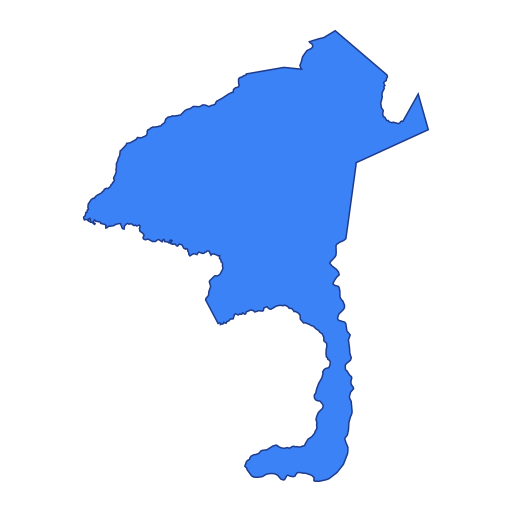 Riachão, Maranhão, Brazil
{"feature_id": "56859067B63630891842305", "entity_name": "Riachão", "entity_type": "district", "adm_level": 2, "iso_a3": "BRA", "parent_name": "Brazil", "parent_adm1": "Maranhão", "projection": "mercator", "projection_center": [-46.708, -7.747], "detail": "fine", "context": "isolated", "style": "filled", "palette": "blue", "viewbox_px": 512, "rotation_deg": 0, "n_neighbors": 0, "source": "geoboundaries", "source_scale": "gbopen_adm2", "svg_char_len": 6045}
<svg xmlns="http://www.w3.org/2000/svg" viewBox="0 0 512 512"><path d="M244.8,466.2L246.7,468.1L247.0,469.5L251.6,475.9L253.8,477.1L257.2,477.3L262.2,476.7L266.6,474.1L270.6,473.5L273.7,473.6L275.6,474.1L277.7,475.3L280.8,479.0L283.3,480.0L284.6,479.6L286.8,475.7L287.7,475.2L290.2,476.2L293.2,476.7L295.0,476.1L295.6,474.8L297.1,472.9L298.6,472.5L300.6,472.6L303.0,473.2L305.5,473.2L309.9,474.6L312.1,475.6L314.2,477.8L313.8,480.2L314.4,481.1L319.0,481.3L326.0,479.8L329.0,478.7L336.8,472.7L343.4,464.4L347.5,453.8L347.9,450.8L347.9,447.2L345.9,442.5L344.9,439.3L344.9,438.2L347.2,435.2L347.6,433.9L348.5,429.7L348.9,422.5L350.4,417.0L351.7,414.1L352.1,411.6L351.2,401.4L349.5,398.0L349.5,396.1L350.6,392.2L353.6,388.7L353.3,387.5L351.2,384.3L350.9,382.8L351.1,380.3L351.8,378.1L351.4,376.6L349.5,375.0L347.2,371.2L345.7,369.9L345.3,368.4L345.3,365.0L346.6,363.4L350.4,360.3L351.3,357.8L349.8,353.3L349.5,347.9L348.4,339.9L350.2,335.0L346.9,330.9L345.8,323.6L344.6,322.1L339.0,320.4L338.0,319.7L337.6,318.4L338.2,315.6L339.0,313.9L343.6,309.4L344.5,307.3L344.5,305.2L342.9,301.1L341.6,299.9L340.0,297.2L339.8,290.5L339.0,287.2L338.1,286.3L335.3,285.6L333.2,284.3L333.1,283.1L335.1,279.4L337.1,276.7L339.2,274.9L338.5,272.0L336.4,269.3L331.9,265.9L329.8,263.2L330.2,262.1L335.1,256.8L335.9,255.4L336.2,252.9L336.0,245.8L336.6,244.4L339.6,242.3L343.7,240.5L345.9,238.6L356.0,165.1L356.1,162.7L428.3,129.7L418.2,94.0L402.8,121.5L401.7,121.1L400.6,121.7L399.9,122.9L398.3,123.6L393.1,122.2L392.1,122.7L389.4,122.0L388.3,120.5L386.9,120.7L384.6,117.0L383.3,116.6L382.7,113.7L383.3,110.5L381.4,107.8L380.7,102.6L381.3,101.3L382.3,96.7L382.0,95.5L382.2,92.6L384.2,88.6L383.9,86.5L384.9,85.6L383.6,82.8L384.4,81.8L386.3,80.5L386.4,78.8L387.4,77.0L387.0,75.0L335.2,30.7L323.8,37.6L318.7,38.8L309.3,41.7L309.8,42.5L312.1,44.1L312.7,45.8L312.5,47.2L311.2,48.5L306.8,50.7L302.6,56.7L301.1,62.5L299.9,65.3L300.5,67.3L301.6,69.2L283.9,67.4L246.3,73.9L245.8,75.1L243.6,75.8L241.6,77.3L240.4,77.3L239.2,78.1L238.6,79.0L238.5,80.1L238.7,84.2L239.4,85.3L238.0,87.2L235.6,87.7L233.6,89.3L233.0,92.4L231.9,92.4L228.4,94.1L222.4,98.1L216.5,101.3L214.9,104.5L210.9,105.6L209.1,106.6L205.7,105.2L203.8,104.9L202.4,105.0L200.3,106.4L198.9,106.7L193.4,106.4L190.2,108.6L187.2,109.4L185.1,110.4L180.6,115.0L174.1,116.1L172.4,115.8L170.6,116.8L168.2,117.0L165.8,119.0L164.6,122.7L161.9,124.6L160.7,126.1L158.9,126.1L157.7,126.8L156.4,126.7L155.2,127.2L153.1,126.9L152.3,127.5L151.1,127.7L149.6,129.2L148.0,129.7L147.1,131.3L147.3,132.5L146.7,135.0L145.4,136.0L141.2,137.8L137.5,137.5L135.9,139.6L130.1,142.8L126.6,143.4L126.1,145.0L121.1,150.3L120.2,150.8L119.7,155.5L118.2,158.5L117.4,161.6L116.4,163.4L116.4,167.6L115.9,169.8L116.4,171.5L114.9,175.5L113.7,177.6L113.7,179.0L114.4,180.0L114.2,181.0L112.7,182.6L112.4,183.6L111.0,184.8L110.5,186.4L108.0,188.5L106.2,188.3L104.3,189.3L103.8,190.7L102.3,191.8L101.5,193.0L97.7,194.9L95.5,196.5L94.5,198.3L93.2,198.2L91.2,199.6L88.2,204.1L87.9,207.4L88.4,209.4L87.3,210.0L87.0,212.1L85.8,212.5L85.6,214.3L84.8,216.2L83.7,217.0L83.7,218.4L84.4,219.9L86.9,219.4L88.2,220.8L89.0,218.6L89.9,218.3L90.5,219.9L89.6,221.5L90.7,222.3L92.1,222.2L93.5,223.7L94.7,224.4L95.1,223.5L93.1,222.2L94.6,219.9L95.7,221.2L100.1,222.0L100.7,223.4L105.1,224.5L106.0,225.5L105.7,226.4L105.9,228.1L107.3,227.5L109.1,225.9L110.2,226.4L111.6,225.9L113.4,225.8L116.0,224.3L119.2,223.6L120.4,223.6L122.4,228.6L124.1,229.1L124.6,225.9L126.4,224.0L127.6,223.4L128.9,224.2L130.5,223.8L131.8,224.0L133.5,225.4L134.7,225.5L135.5,225.1L136.7,226.0L139.3,225.1L140.2,226.3L139.4,228.3L140.0,231.3L142.6,233.1L144.1,235.0L143.0,237.7L143.3,238.7L144.2,239.4L145.7,239.8L147.9,239.0L152.5,241.5L155.4,241.5L157.5,239.8L158.7,239.5L162.1,241.8L162.8,240.0L164.1,239.5L164.5,241.5L168.0,242.1L169.0,243.0L170.5,243.0L172.3,244.3L175.0,244.0L176.5,245.7L177.5,246.1L179.3,244.1L181.9,244.8L183.8,248.2L185.6,249.2L186.4,248.6L187.7,249.4L187.7,251.0L188.6,252.3L188.9,254.6L189.9,255.9L192.9,254.0L194.2,253.7L197.0,254.6L198.0,252.8L198.9,252.1L202.2,253.4L203.9,253.3L204.9,252.3L206.2,252.0L206.9,251.0L208.9,251.0L211.0,255.2L211.9,254.1L213.5,253.9L216.6,254.9L217.9,255.8L219.7,255.6L219.4,258.1L221.1,260.3L221.0,261.7L222.0,262.4L222.6,263.9L222.4,266.0L222.9,267.8L222.6,269.4L219.8,274.5L217.6,275.9L215.4,275.7L214.5,276.0L209.7,280.7L209.3,281.9L210.7,286.4L208.9,291.4L208.5,295.4L205.9,298.5L205.6,299.9L218.1,323.5L219.9,322.9L220.8,323.5L220.5,324.5L223.3,323.7L223.8,322.3L225.1,323.1L226.3,323.1L226.8,321.7L229.1,320.7L230.2,319.1L233.1,318.9L234.6,314.4L235.5,313.8L238.2,315.0L239.5,314.1L241.7,314.3L242.6,312.8L244.6,314.2L245.7,313.8L246.3,311.9L250.8,310.0L253.2,310.5L254.8,312.0L258.7,310.7L262.5,311.1L263.4,310.5L263.9,308.0L266.9,306.7L269.1,308.8L270.2,309.2L271.2,309.1L276.5,306.0L280.0,305.3L283.2,305.7L284.9,305.2L287.5,306.3L289.3,308.4L290.6,308.3L292.2,308.9L294.1,311.6L295.5,311.5L298.9,313.4L299.3,314.5L300.1,315.0L300.3,319.2L303.6,323.0L305.0,322.7L309.3,324.4L311.5,325.7L313.1,326.0L316.0,328.8L318.7,330.6L319.7,332.1L322.4,334.0L323.9,337.8L323.8,340.8L326.6,343.3L326.9,346.0L326.2,349.6L326.0,353.3L326.4,356.9L327.5,357.9L327.9,359.4L329.1,360.0L330.1,361.4L330.3,362.8L329.8,365.4L328.9,367.6L325.4,368.6L324.1,369.6L322.7,371.9L323.0,373.5L321.9,377.8L318.7,383.3L316.7,388.8L315.7,393.1L314.3,395.0L314.4,397.8L315.2,399.2L316.3,400.3L318.3,400.9L319.7,400.9L322.1,403.5L323.3,405.7L322.5,408.4L318.4,412.4L316.6,416.7L316.0,419.6L316.9,422.5L316.6,424.7L316.9,427.7L316.6,429.2L315.5,430.6L314.5,433.4L311.8,436.7L308.1,439.1L305.4,443.5L304.7,445.4L303.4,446.1L302.4,446.1L299.9,447.2L296.6,446.6L295.6,446.8L293.9,446.3L292.6,446.4L289.5,448.2L287.3,447.6L284.2,448.3L281.3,447.9L278.4,446.6L277.5,445.6L276.1,445.1L272.9,446.0L266.9,449.8L262.2,450.4L260.7,451.0L259.6,452.6L258.4,453.6L255.5,454.6L254.0,454.7L251.2,456.1L250.1,457.5L249.5,459.4L247.7,460.3L246.5,461.5L244.8,466.2ZM170.5,243.0L169.7,240.8L170.7,239.9L172.0,240.6L170.5,243.0Z" fill="#3b82f6" stroke="#1e3a8a" stroke-width="1.5"/></svg>